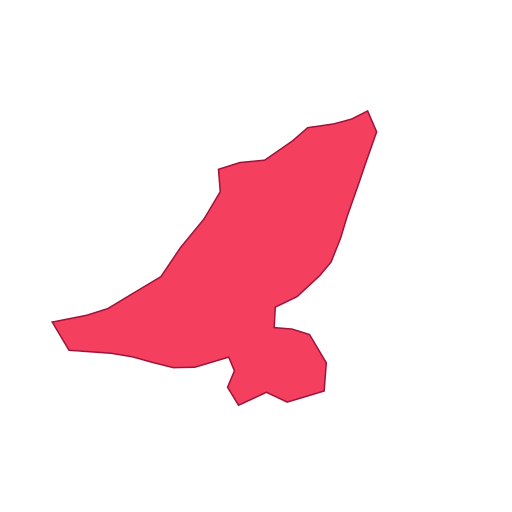 Kato Moni, Nicosia, Cyprus (orthographic projection), rotated 214°
{"feature_id": "46923920B54828967689264", "entity_name": "Kato Moni", "entity_type": "district", "adm_level": 2, "iso_a3": "CYP", "parent_name": "Cyprus", "parent_adm1": "Nicosia", "projection": "orthographic", "projection_center": [33.089, 35.054], "detail": "fine", "context": "isolated", "style": "filled", "palette": "rose", "viewbox_px": 512, "rotation_deg": 214, "n_neighbors": 0, "source": "geoboundaries", "source_scale": "gbopen_adm2", "svg_char_len": 683}
<svg xmlns="http://www.w3.org/2000/svg" viewBox="0 0 512 512"><g transform="rotate(214 256 256)"><path d="M358.3,73.3L321.6,94.4L302.3,103.2L281.4,110.2L262.1,117.2L244.6,129.5L222.1,156.9L209.7,148.8L206.2,131.3L187.0,122.5L171.2,148.8L148.5,152.3L124.0,182.2L138.0,206.8L167.7,220.8L185.2,215.6L200.9,206.8L211.4,224.4L199.2,245.4L192.2,275.3L190.4,292.9L195.7,317.5L202.7,340.3L211.4,373.7L216.7,393.0L225.4,426.4L244.6,438.7L253.4,422.9L265.6,408.8L284.9,391.3L290.1,371.9L302.4,340.3L321.6,324.5L335.6,306.9L321.6,289.3L319.8,257.7L323.3,220.8L323.3,185.7L337.3,155.8L349.5,129.5L363.5,111.9L388.0,87.3L358.3,73.3Z" fill="#f43f5e" stroke="#9f1239" stroke-width="1.5"/></g></svg>